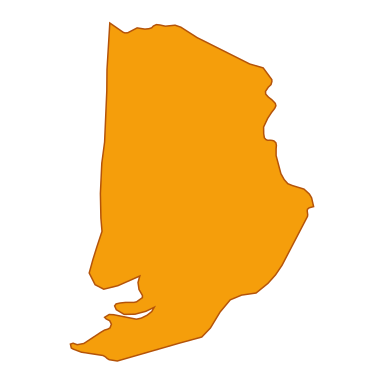 Cà Mau, Albers equal-area conic projection
{"feature_id": "VNM-507", "entity_name": "Cà Mau", "entity_type": "Province", "adm_level": 1, "iso_a3": "VNM", "parent_name": "Vietnam", "parent_adm1": "", "projection": "albers", "projection_center": [105.046, 9.05], "detail": "fine", "context": "isolated", "style": "filled", "palette": "amber", "viewbox_px": 384, "rotation_deg": 0, "n_neighbors": 0, "source": "natural_earth", "source_scale": "10m", "svg_char_len": 1569}
<svg xmlns="http://www.w3.org/2000/svg" viewBox="0 0 384 384"><path d="M313.6,206.6L309.2,207.8L307.5,209.2L307.2,210.8L307.7,214.7L307.5,216.4L282.0,265.3L275.5,274.9L267.9,283.4L256.1,293.0L241.6,295.1L230.3,299.8L220.1,312.0L210.4,328.0L201.8,337.0L178.8,343.3L117.3,361.0L109.2,359.7L107.2,358.5L105.5,356.9L103.0,355.5L81.4,352.2L73.2,349.1L71.3,348.0L70.4,344.1L73.1,343.2L77.2,344.7L83.8,343.5L100.8,332.3L104.5,330.1L107.6,329.2L110.0,327.9L111.4,324.2L109.7,320.7L106.1,318.9L104.6,317.3L109.2,314.5L113.6,314.7L136.4,319.2L141.3,318.1L147.0,315.3L151.8,311.5L154.2,307.3L145.9,311.3L135.0,314.2L124.2,314.4L116.3,309.7L114.6,305.9L116.1,303.9L120.1,303.0L125.7,302.4L134.0,302.4L136.6,301.8L142.4,297.6L142.4,295.4L139.0,289.5L138.0,282.5L139.8,276.0L117.9,285.7L103.7,289.2L95.1,284.7L89.2,273.0L92.9,259.6L96.7,247.4L102.0,231.4L100.9,218.1L100.4,193.5L101.8,163.2L104.6,142.1L106.8,90.8L107.0,69.6L109.4,30.0L109.8,23.0L110.1,23.2L123.2,32.3L124.9,32.9L127.7,32.8L137.1,27.9L144.9,29.1L148.9,28.7L151.7,27.8L153.4,26.0L156.4,24.6L160.0,25.0L165.4,26.2L175.1,25.2L180.9,27.2L197.1,37.6L249.7,64.0L263.2,67.9L271.8,79.6L271.9,81.5L271.0,84.6L268.3,87.2L265.5,91.4L265.7,94.1L268.4,97.1L272.1,100.0L275.3,103.4L275.9,105.8L274.7,108.4L271.5,112.5L267.7,118.3L263.6,127.0L263.7,133.9L264.4,137.9L266.0,139.6L267.8,140.3L269.9,140.2L272.0,140.4L273.9,140.9L275.9,142.8L276.4,145.5L276.1,148.8L276.1,155.6L280.9,173.7L284.2,179.6L287.8,183.7L292.2,185.5L304.0,189.1L309.4,194.1L311.6,197.8L313.6,206.6Z" fill="#f59e0b" stroke="#b45309" stroke-width="1.5"/></svg>